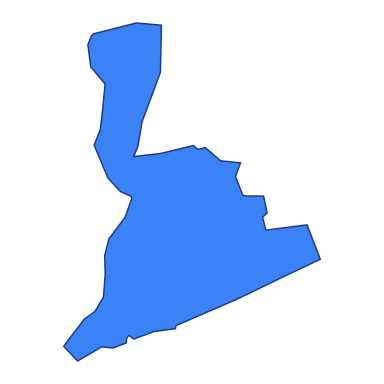 the district of Northumberland, Pennsylvania, United States of America
{"feature_id": "52423323B19927434270146", "entity_name": "Northumberland", "entity_type": "district", "adm_level": 2, "iso_a3": "USA", "parent_name": "United States of America", "parent_adm1": "Pennsylvania", "projection": "equal_earth", "projection_center": [-76.752, 40.89], "detail": "fine", "context": "isolated", "style": "filled", "palette": "blue", "viewbox_px": 384, "rotation_deg": 0, "n_neighbors": 0, "source": "geoboundaries", "source_scale": "gbopen_adm2", "svg_char_len": 836}
<svg xmlns="http://www.w3.org/2000/svg" viewBox="0 0 384 384"><path d="M161.4,25.2L136.3,23.0L94.8,33.5L93.3,34.0L92.8,34.7L91.5,36.0L91.0,37.0L90.8,37.7L87.9,44.7L90.8,66.9L105.1,84.1L102.1,115.0L100.2,129.9L94.1,145.1L108.0,178.1L120.4,191.5L131.0,196.3L131.7,198.6L125.3,216.9L108.9,239.0L104.7,255.6L105.2,274.3L103.5,297.0L95.0,311.4L84.3,319.2L68.1,340.3L63.7,346.3L77.5,361.0L92.1,352.5L101.4,346.9L113.0,348.0L126.1,343.0L126.7,338.1L128.9,335.3L133.8,339.0L153.8,331.6L175.5,328.6L175.9,325.6L238.2,298.6L280.1,278.3L320.3,259.2L307.0,224.9L265.7,230.1L262.7,217.2L267.1,212.9L263.6,196.1L253.6,196.0L247.4,196.0L242.9,195.5L235.5,176.5L240.5,162.9L220.5,160.8L205.4,147.7L197.5,149.3L193.5,145.5L160.5,153.5L133.7,156.6L137.9,146.2L142.0,121.9L160.4,72.3L161.4,25.2Z" fill="#3b82f6" stroke="#1e3a8a" stroke-width="1.5"/></svg>